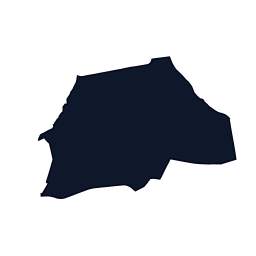 Coyoacán, Distrito Federal, Mexico (Mercator projection), rotated 346°
{"feature_id": "50627088B91322923127340", "entity_name": "Coyoacán", "entity_type": "district", "adm_level": 2, "iso_a3": "MEX", "parent_name": "Mexico", "parent_adm1": "Distrito Federal", "projection": "mercator", "projection_center": [-99.152, 19.328], "detail": "fine", "context": "isolated", "style": "filled", "palette": "ink", "viewbox_px": 256, "rotation_deg": 346, "n_neighbors": 0, "source": "geoboundaries", "source_scale": "gbopen_adm2", "svg_char_len": 5536}
<svg xmlns="http://www.w3.org/2000/svg" viewBox="0 0 256 256"><g transform="rotate(346 128 128)"><path d="M151.7,70.7L149.6,70.5L147.7,70.3L147.1,70.2L145.9,70.1L144.8,70.0L144.1,70.0L143.7,70.0L143.1,69.9L142.4,69.9L140.8,69.8L138.7,69.7L137.8,69.7L136.2,69.7L134.6,69.6L132.4,69.4L131.7,69.4L130.2,69.3L129.8,69.3L128.8,69.2L126.6,69.1L125.6,69.0L123.9,69.0L119.7,68.7L119.4,68.7L117.3,68.6L115.4,68.4L112.8,68.3L110.3,68.2L107.1,68.0L104.4,67.8L101.8,67.6L100.2,67.5L97.6,67.4L96.4,67.3L95.3,67.2L94.6,67.0L94.1,66.9L93.8,66.7L93.3,66.4L91.7,65.4L90.3,68.7L89.7,70.1L89.6,70.3L89.2,71.0L88.2,72.3L87.0,73.6L85.6,75.2L85.0,76.0L84.6,76.5L84.0,77.3L83.5,77.7L81.6,79.3L81.4,79.4L81.3,79.6L81.1,79.8L80.8,80.5L80.6,80.8L80.4,81.0L79.2,82.3L79.0,82.5L77.5,83.8L76.8,84.5L76.4,84.8L76.2,85.2L75.9,85.6L75.8,85.9L75.0,90.0L74.9,90.0L74.7,90.0L74.5,90.4L72.7,89.8L71.6,91.0L71.3,91.2L71.0,91.3L70.6,91.3L70.2,92.2L70.1,92.8L69.8,93.9L69.7,94.6L69.6,94.9L69.4,95.3L69.1,96.0L68.8,96.6L68.4,97.2L67.9,97.2L67.6,97.3L67.0,97.6L65.9,98.5L64.8,99.6L63.8,100.6L63.6,101.3L63.4,101.7L63.2,101.9L62.2,102.2L61.6,102.4L61.0,103.2L60.5,103.6L59.9,104.2L58.8,105.0L58.2,105.7L57.1,107.3L56.6,107.1L56.7,108.5L56.1,109.0L55.2,110.2L54.9,110.7L54.6,110.6L54.3,110.7L53.9,110.7L51.2,111.2L49.1,111.7L47.6,112.1L45.5,112.7L44.1,113.0L42.7,113.2L42.4,113.3L42.0,113.5L41.6,113.7L41.4,113.9L41.1,114.1L40.8,114.5L39.9,115.8L39.1,116.7L38.7,117.4L38.5,118.0L40.8,117.6L44.1,117.0L44.7,117.0L44.9,117.0L45.2,117.1L45.3,117.2L45.2,117.6L45.2,117.8L45.2,118.4L45.2,118.7L45.4,119.1L45.7,119.6L46.3,120.5L47.2,122.2L47.8,123.2L48.3,123.9L48.2,127.0L48.2,130.1L48.1,135.0L48.0,137.5L48.0,138.1L47.9,140.3L47.8,140.7L44.8,145.9L40.8,152.7L38.4,156.7L36.2,160.3L36.1,160.6L36.0,160.9L36.1,161.1L36.1,161.3L37.1,161.5L37.5,161.5L37.9,162.0L37.3,162.7L37.0,163.0L35.1,165.0L33.6,166.5L28.5,171.7L28.2,171.5L28.1,171.4L28.0,171.2L28.0,170.9L27.9,170.9L27.6,172.6L27.5,172.8L27.5,173.0L28.8,173.2L29.7,173.4L30.2,173.5L31.6,173.7L32.3,173.9L33.2,174.1L34.2,174.4L36.0,175.0L38.0,176.0L39.3,176.7L40.1,177.1L40.8,177.6L41.3,177.9L41.9,178.3L42.6,178.7L43.7,179.2L44.6,179.5L45.4,179.8L46.0,179.9L47.0,180.1L47.7,180.2L48.1,180.2L48.8,180.3L49.6,180.3L50.7,180.2L58.0,179.4L60.4,179.1L60.8,179.0L64.3,178.6L64.8,178.6L65.2,178.5L68.1,178.2L70.0,178.0L70.7,177.9L71.6,177.8L73.3,177.6L74.8,177.5L75.3,177.5L76.3,177.4L77.4,177.4L78.8,177.5L81.1,177.6L81.4,177.7L81.5,177.7L82.1,177.8L82.5,177.9L83.8,178.0L84.9,178.2L86.1,178.4L87.2,178.5L88.4,178.7L89.5,178.8L91.7,179.2L92.1,179.2L93.1,179.4L94.2,179.5L94.5,179.6L95.2,179.7L95.5,179.7L97.7,180.0L98.3,180.1L98.8,180.2L99.4,180.3L100.0,180.3L101.2,180.5L101.5,180.6L103.2,180.8L105.7,181.2L108.3,181.6L108.9,181.7L109.4,181.7L109.9,181.9L110.7,182.1L110.8,182.1L111.3,182.2L112.3,182.6L113.3,183.2L113.8,183.5L114.2,183.8L115.5,184.8L115.8,185.1L116.3,185.6L116.7,186.0L117.7,187.3L118.5,188.5L118.7,188.9L120.0,190.6L120.4,190.5L121.3,190.3L122.6,190.0L123.9,189.7L125.3,189.4L128.5,188.6L128.9,188.5L129.2,188.4L129.5,188.3L130.0,187.9L130.5,187.5L131.2,187.0L132.4,186.1L133.3,185.4L134.8,184.1L136.0,183.2L136.6,182.6L137.0,182.2L137.4,181.7L138.0,182.4L138.3,182.4L139.0,182.5L139.9,182.6L140.8,182.8L141.5,183.1L142.7,183.5L142.9,183.6L143.7,183.9L145.0,184.5L146.5,185.1L146.9,184.6L148.1,183.4L149.0,182.3L150.4,180.7L151.1,179.8L151.1,179.7L152.0,178.7L152.6,178.1L153.2,177.3L153.4,177.1L153.8,176.6L154.3,176.0L154.7,175.7L154.9,175.4L155.3,174.9L156.8,173.1L158.2,171.7L158.7,171.1L159.7,169.9L161.3,167.8L165.0,169.4L165.5,169.7L167.4,170.5L171.2,172.3L172.2,172.7L174.7,173.9L176.2,174.5L177.6,175.2L180.0,176.2L180.3,176.4L183.5,177.7L184.5,178.1L185.2,178.4L187.3,179.1L189.3,179.8L193.9,181.1L195.1,181.5L197.4,182.1L199.8,182.7L201.0,182.9L202.3,183.2L203.3,183.5L204.2,183.7L205.2,184.0L208.0,184.7L209.0,185.0L209.4,185.1L210.1,185.1L210.9,185.0L211.3,185.0L212.8,184.9L213.1,184.9L213.4,184.9L214.7,184.8L215.3,184.8L216.3,184.7L217.3,184.7L219.1,184.6L219.6,184.5L222.7,184.4L224.2,184.3L224.8,184.3L225.0,184.3L225.2,181.8L225.5,178.9L225.8,175.4L226.1,171.4L226.2,170.9L226.6,164.5L227.0,158.4L227.5,151.7L228.0,145.8L228.1,143.5L228.5,143.5L228.4,143.1L228.2,142.5L228.1,142.2L227.6,141.6L226.8,140.5L226.0,139.6L225.5,139.0L225.2,138.7L224.5,138.2L223.5,137.5L222.2,136.7L221.5,136.3L220.2,135.6L219.5,135.2L219.2,135.0L218.9,134.8L218.6,134.5L215.9,131.8L215.3,131.0L213.4,128.9L212.4,127.8L211.8,127.0L209.9,123.8L209.2,122.7L208.6,121.8L208.4,121.5L208.2,121.0L207.9,119.8L207.7,119.3L207.6,119.0L207.3,118.7L206.9,118.3L205.5,117.6L204.9,117.1L204.3,116.5L203.8,116.0L202.4,113.7L202.2,113.3L201.8,112.5L201.1,111.1L200.8,110.6L200.5,109.8L200.4,109.2L200.3,108.5L200.3,108.2L200.2,107.9L200.1,107.2L200.0,106.5L200.0,106.4L200.0,106.0L199.8,104.8L199.7,104.3L199.6,103.6L199.6,103.3L199.5,103.1L199.5,102.9L199.3,102.5L198.3,100.0L198.2,99.8L197.9,99.1L197.4,97.9L197.2,97.6L197.1,97.4L196.8,97.1L196.4,96.5L196.2,96.2L195.8,95.7L194.6,93.4L194.0,92.1L192.7,89.8L189.9,85.3L189.4,84.5L188.8,83.6L188.6,83.4L187.6,80.8L187.3,79.9L186.7,77.8L186.3,76.7L186.1,75.2L185.5,70.6L185.3,69.2L177.2,68.3L173.5,67.8L173.2,67.8L172.7,67.7L168.0,67.2L167.7,67.8L167.5,68.0L166.9,69.1L166.6,69.5L166.2,69.9L165.9,70.2L165.8,70.3L165.5,70.4L165.2,70.7L164.7,70.9L164.4,71.0L163.7,71.3L163.3,71.4L162.7,71.4L162.2,71.4L161.9,71.4L161.6,71.4L161.3,71.4L159.8,71.3L159.1,71.2L158.4,71.2L157.2,71.1L156.5,71.0L155.7,71.0L152.8,70.8L151.7,70.7Z" fill="#0f172a" stroke="#020617" stroke-width="1.5"/></g></svg>